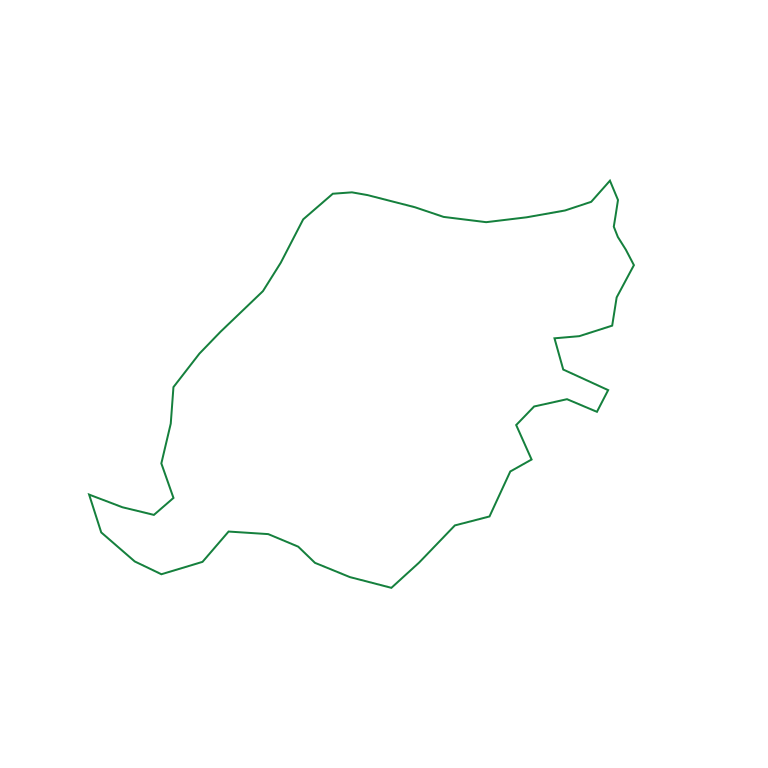 Gerakies, Nicosia, Cyprus, rotated 44°
{"feature_id": "46923920B59872666300573", "entity_name": "Gerakies", "entity_type": "district", "adm_level": 2, "iso_a3": "CYP", "parent_name": "Cyprus", "parent_adm1": "Nicosia", "projection": "albers", "projection_center": [32.789, 35.014], "detail": "fine", "context": "isolated", "style": "outline", "palette": "green", "viewbox_px": 768, "rotation_deg": 44, "n_neighbors": 0, "source": "geoboundaries", "source_scale": "gbopen_adm2", "svg_char_len": 823}
<svg xmlns="http://www.w3.org/2000/svg" viewBox="0 0 768 768"><g transform="rotate(44 384 384)"><path d="M481.2,124.9L464.7,119.4L450.1,115.8L440.0,111.2L433.6,102.0L424.5,89.1L405.3,80.8L406.5,109.0L393.7,133.4L370.8,165.0L345.1,196.6L310.8,222.4L283.6,235.3L260.7,248.3L240.7,259.7L227.8,268.4L215.0,282.7L211.5,321.7L225.5,368.5L232.4,401.3L230.1,459.9L230.1,490.3L234.7,532.5L258.1,560.6L279.0,595.8L311.7,612.2L309.4,638.0L281.4,654.4L248.7,668.4L283.7,687.2L328.0,684.8L356.0,675.5L377.0,638.0L374.7,598.1L405.0,572.4L435.3,560.6L458.6,560.6L493.6,546.6L530.9,525.5L533.3,488.0L533.2,436.5L551.9,406.0L535.6,359.2L542.6,335.8L507.6,321.7L507.6,295.9L526.2,267.8L556.5,256.1L549.5,232.7L502.9,249.1L474.9,232.7L491.2,214.0L507.6,183.5L491.2,160.1L481.2,124.9Z" fill="none" stroke="#15803d" stroke-width="2"/></g></svg>